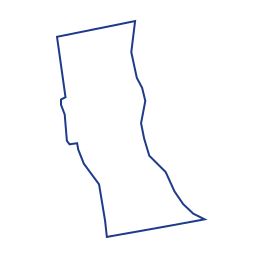 Seneca, New York, United States of America, rotated 352°
{"feature_id": "52423323B61802346265036", "entity_name": "Seneca", "entity_type": "district", "adm_level": 2, "iso_a3": "USA", "parent_name": "United States of America", "parent_adm1": "New York", "projection": "orthographic", "projection_center": [-76.822, 42.783], "detail": "fine", "context": "isolated", "style": "outline", "palette": "blue", "viewbox_px": 256, "rotation_deg": 352, "n_neighbors": 0, "source": "geoboundaries", "source_scale": "gbopen_adm2", "svg_char_len": 479}
<svg xmlns="http://www.w3.org/2000/svg" viewBox="0 0 256 256"><g transform="rotate(352 128 128)"><path d="M70.4,27.8L70.4,88.8L65.6,90.5L64.9,95.7L67.2,105.8L65.7,132.1L67.8,136.0L75.5,136.0L75.7,142.4L79.3,157.2L91.5,179.8L92.4,216.7L91.9,232.9L155.6,230.6L191.1,229.1L180.7,221.9L172.0,211.0L165.2,197.2L159.2,176.9L145.2,158.4L142.5,140.6L141.6,125.1L148.9,103.6L147.6,90.3L143.7,79.5L141.8,53.4L149.9,23.1L70.4,27.8Z" fill="none" stroke="#1e3a8a" stroke-width="2"/></g></svg>